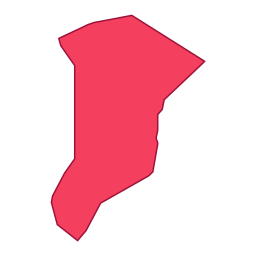 Dowletli, Chardzhou, Turkmenistan
{"feature_id": "10190150B29958547271775", "entity_name": "Dowletli", "entity_type": "district", "adm_level": 2, "iso_a3": "TKM", "parent_name": "Turkmenistan", "parent_adm1": "Chardzhou", "projection": "robinson", "projection_center": [63.503, 39.056], "detail": "fine", "context": "isolated", "style": "filled", "palette": "rose", "viewbox_px": 256, "rotation_deg": 0, "n_neighbors": 0, "source": "geoboundaries", "source_scale": "gbopen_adm2", "svg_char_len": 455}
<svg xmlns="http://www.w3.org/2000/svg" viewBox="0 0 256 256"><path d="M131.8,15.4L94.2,22.5L88.0,24.6L58.8,38.4L60.8,45.7L74.7,65.5L74.7,124.4L74.7,150.1L74.7,154.1L74.7,158.8L64.6,173.1L52.6,195.9L51.4,202.4L57.3,224.6L77.6,240.6L86.1,230.5L100.6,203.1L148.9,175.7L152.8,171.9L157.7,144.1L157.7,142.7L156.1,138.1L157.7,130.4L157.7,114.6L162.2,109.4L164.2,99.7L202.8,63.2L204.6,61.3L131.8,15.4Z" fill="#f43f5e" stroke="#9f1239" stroke-width="1.5"/></svg>